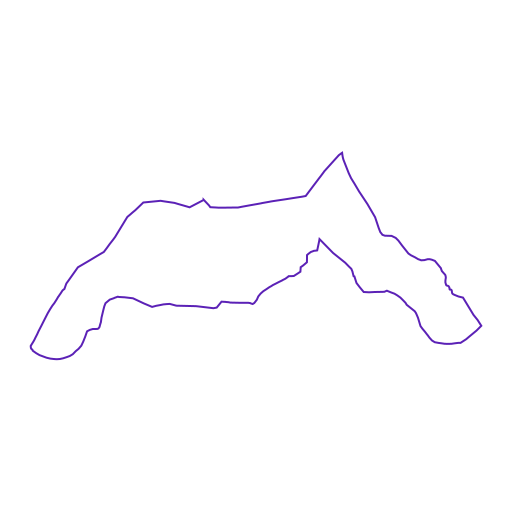 Ad Dohi, Al Hudaydah, Yemen (Equal Earth projection)
{"feature_id": "15242507B68430322217319", "entity_name": "Ad Dohi", "entity_type": "district", "adm_level": 2, "iso_a3": "YEM", "parent_name": "Yemen", "parent_adm1": "Al Hudaydah", "projection": "equal_earth", "projection_center": [43.199, 15.222], "detail": "fine", "context": "isolated", "style": "outline", "palette": "violet", "viewbox_px": 512, "rotation_deg": 0, "n_neighbors": 0, "source": "geoboundaries", "source_scale": "gbopen_adm2", "svg_char_len": 4023}
<svg xmlns="http://www.w3.org/2000/svg" viewBox="0 0 512 512"><path d="M203.6,199.7L203.6,200.0L189.6,207.3L186.9,206.5L185.1,206.0L184.8,205.9L177.8,203.9L174.5,202.9L164.3,201.4L160.6,200.8L143.3,202.5L140.1,205.6L135.3,210.2L132.4,212.6L129.9,214.8L128.2,216.2L127.3,217.0L124.9,220.9L121.0,227.3L118.2,231.9L115.7,236.0L115.3,236.7L113.1,239.7L109.8,243.9L107.2,247.5L107.0,247.8L103.8,252.0L100.5,253.9L90.8,259.7L88.3,261.2L82.5,264.6L77.9,267.3L68.4,280.7L66.5,283.3L66.2,283.9L64.4,289.0L63.4,289.7L62.5,290.5L60.3,293.9L59.9,294.4L58.5,296.5L58.2,296.8L56.7,299.4L54.2,303.3L52.4,305.6L50.1,309.2L47.8,313.1L45.8,317.0L43.0,322.5L41.5,325.5L40.0,328.4L38.5,331.3L37.2,334.2L35.2,338.1L34.6,339.4L33.5,341.4L30.9,345.6L30.7,346.0L30.9,347.9L31.2,348.7L31.6,349.0L32.5,349.9L32.7,350.6L33.0,350.9L36.1,353.1L39.5,355.1L43.0,356.4L46.5,357.7L50.3,358.6L53.7,359.0L55.0,359.1L56.9,359.2L59.9,359.0L63.1,358.3L66.8,357.1L69.8,356.0L72.8,354.2L75.8,351.1L78.5,348.9L79.9,347.3L81.3,345.7L83.2,341.7L84.1,339.4L85.2,336.7L86.9,331.8L87.1,331.3L89.8,329.9L92.8,329.0L95.8,329.0L97.5,328.9L98.4,328.5L99.5,327.0L100.0,325.0L100.9,322.1L101.5,317.7L103.3,310.2L104.3,306.3L105.5,303.2L106.8,302.1L109.8,299.6L113.9,298.2L114.4,297.9L117.8,296.7L119.0,297.0L124.6,297.3L133.0,298.3L143.8,303.4L152.1,306.9L156.2,305.8L160.0,305.1L163.4,304.4L166.6,304.1L169.7,303.9L176.4,305.7L176.5,305.7L176.9,305.7L193.9,306.1L194.9,306.1L196.4,306.2L196.5,306.2L213.4,308.2L215.6,307.8L216.7,307.6L221.5,301.7L221.9,301.7L225.5,301.9L226.0,302.0L228.5,302.2L229.9,302.5L230.5,302.6L240.1,302.8L244.8,302.8L248.3,302.8L250.3,303.1L251.0,303.5L252.7,304.0L253.3,303.6L254.3,303.0L254.6,302.6L255.0,302.1L256.7,299.9L256.8,299.8L258.3,296.4L260.1,294.2L260.7,293.5L263.3,291.2L266.4,289.2L269.3,287.2L271.3,286.1L272.8,285.1L275.8,283.6L278.9,282.0L282.2,280.4L282.4,280.2L285.4,278.7L288.0,276.8L288.5,276.3L288.6,276.2L291.9,276.1L293.8,276.0L298.0,273.3L300.4,271.7L300.7,267.2L303.1,265.5L306.9,262.3L307.0,259.2L307.0,255.1L308.2,254.0L310.8,252.0L313.0,251.2L314.0,250.8L316.1,250.6L317.2,250.4L319.1,241.4L319.5,239.1L333.1,253.0L345.2,262.7L349.1,266.7L351.3,268.8L352.4,271.4L353.6,276.2L354.4,276.4L356.5,283.0L359.8,287.3L363.7,292.0L369.1,292.3L374.7,292.0L380.1,291.9L384.3,291.8L386.9,290.7L387.8,291.1L391.0,292.4L394.5,293.7L397.3,295.4L400.4,297.6L403.0,300.2L405.5,302.8L406.7,304.8L414.7,311.2L415.8,312.8L416.6,314.5L418.0,317.8L419.2,321.8L420.5,326.1L422.4,328.7L425.0,331.8L427.3,334.8L427.6,335.1L429.4,337.6L432.0,340.5L434.1,341.8L434.7,342.2L438.4,342.9L441.5,343.3L444.0,343.7L444.9,343.8L448.1,343.9L451.1,343.8L451.4,343.8L454.8,343.3L458.0,342.9L460.5,342.9L466.2,339.2L469.0,336.8L476.5,330.6L477.3,329.8L481.3,325.8L477.6,320.0L473.5,314.9L471.2,311.1L463.0,297.6L458.5,296.5L454.8,295.0L453.3,294.3L452.5,293.7L452.1,293.0L451.9,291.8L451.8,290.8L451.4,289.9L450.9,289.6L450.3,289.5L449.8,289.5L449.5,289.0L449.5,288.2L449.3,287.4L449.0,286.9L448.6,286.2L447.9,285.8L447.3,285.7L446.5,285.4L446.1,284.9L445.7,283.5L445.4,282.5L445.4,280.8L445.6,279.1L445.8,278.0L445.8,277.2L445.6,276.0L445.2,274.8L443.4,272.8L441.9,271.1L441.3,269.6L440.9,268.2L434.9,260.9L431.8,259.7L429.7,259.2L427.7,259.2L424.4,260.1L421.2,260.3L419.4,259.6L418.2,259.2L415.0,257.3L411.0,255.3L408.4,253.5L402.2,245.7L398.4,240.6L395.7,237.9L391.6,235.9L384.9,235.7L382.4,234.8L381.6,233.7L380.3,232.1L378.7,228.0L375.1,217.2L370.6,209.5L367.4,204.0L359.1,191.5L356.5,187.1L354.2,183.2L353.5,182.1L351.1,178.2L348.7,173.1L343.4,159.6L342.8,157.3L342.4,155.0L342.1,152.8L341.5,153.2L338.8,155.2L324.1,171.5L323.9,171.9L320.3,176.7L318.5,179.0L318.3,179.3L313.6,185.5L312.4,187.1L311.5,188.3L309.3,191.2L305.7,196.0L302.0,196.7L291.6,198.3L285.3,199.3L273.2,201.1L270.7,201.5L269.8,201.7L261.9,203.1L261.2,203.3L256.2,204.2L255.6,204.3L249.9,205.3L241.1,206.9L240.2,207.1L238.1,207.5L228.5,207.6L228.3,207.6L222.3,207.7L219.0,207.7L215.9,207.5L210.3,207.2L209.0,205.4L203.6,199.7Z" fill="none" stroke="#5b21b6" stroke-width="2"/></svg>